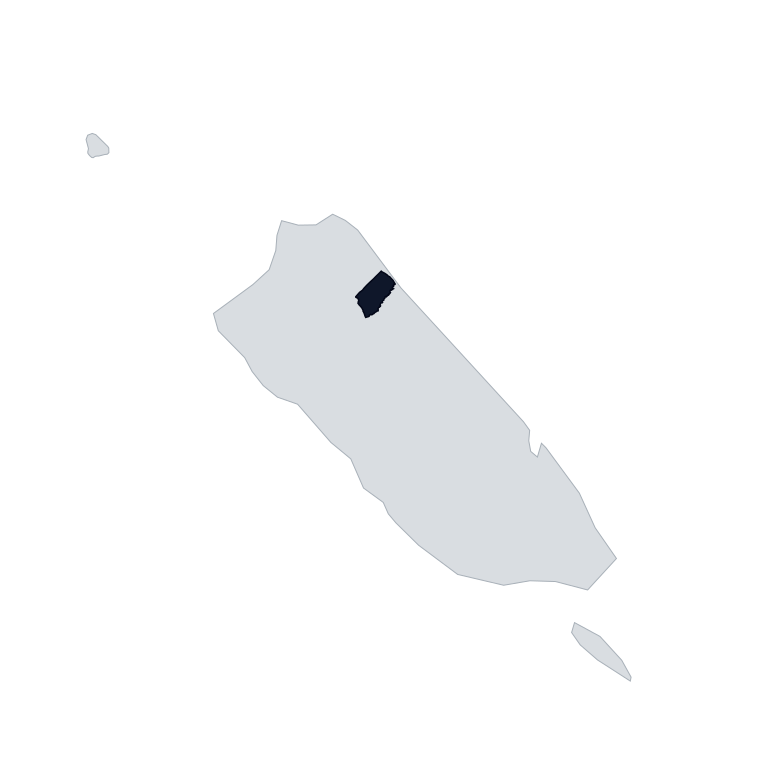 Camuy, Puerto Rico (highlighted), rotated 46°
{"feature_id": "32010507B35175802889516", "entity_name": "Camuy", "entity_type": "district", "adm_level": 2, "iso_a3": "PRI", "parent_name": "Puerto Rico", "parent_adm1": "", "projection": "orthographic", "projection_center": [-66.848, 18.417], "detail": "fine", "context": "in_parent", "style": "filled", "palette": "ink", "viewbox_px": 768, "rotation_deg": 46, "n_neighbors": 0, "source": "geoboundaries", "source_scale": "gbopen_adm2", "svg_char_len": 2683}
<svg xmlns="http://www.w3.org/2000/svg" viewBox="0 0 768 768"><g transform="rotate(46 384 384)"><path d="M525.4,319.3L534.4,325.3L543.1,324.4L536.0,311.9L542.5,311.8L598.2,319.3L634.1,332.0L671.0,338.0L673.6,380.6L645.3,397.8L626.9,415.7L611.9,437.7L572.2,463.3L524.2,471.1L492.3,471.9L480.4,471.1L468.7,466.8L444.6,471.0L414.8,459.9L389.2,462.8L338.5,460.2L319.5,469.8L301.3,472.0L283.5,470.2L268.3,465.9L230.6,466.2L214.8,457.7L221.4,409.2L222.0,387.2L212.8,369.1L202.7,357.7L195.4,344.2L210.2,335.3L222.3,322.4L226.2,303.0L239.4,298.2L255.0,296.0L326.7,305.1L508.1,309.9L518.5,311.4L525.4,319.3ZM730.8,422.1L708.0,424.1L693.1,421.7L688.0,412.7L715.6,404.0L747.9,404.9L766.5,409.9L768.8,413.2L730.8,422.1ZM18.0,436.9L15.2,437.1L12.5,436.8L11.3,435.9L9.4,433.1L1.2,428.5L-0.8,424.3L1.1,419.8L4.5,418.1L21.4,417.7L23.1,418.1L26.5,421.2L26.5,423.4L24.9,425.5L21.9,430.8L20.6,432.2L19.6,433.6L19.2,436.0L18.0,436.9Z" fill="#d9dde1" stroke="#a8b0b8" stroke-width="1"/><path d="M303.3,343.5L303.8,343.2L305.1,343.6L305.5,343.5L305.7,343.9L306.5,344.3L307.0,345.0L307.0,345.6L307.6,346.1L308.0,346.7L309.1,346.7L309.6,346.9L312.1,346.9L314.5,347.2L314.9,347.3L315.4,347.6L316.3,347.7L316.9,348.4L318.0,348.7L319.7,349.3L322.1,350.5L323.4,350.9L324.1,349.5L324.6,348.6L324.9,348.0L324.9,347.5L324.3,346.6L324.7,345.9L324.6,345.3L325.1,345.2L325.8,344.6L326.1,342.8L326.3,342.4L326.1,341.9L326.3,341.7L326.2,340.8L326.6,339.4L326.7,338.6L326.8,338.2L327.3,337.4L326.9,336.9L326.7,336.7L326.4,336.5L325.8,336.1L325.4,335.4L325.2,334.6L325.6,333.9L325.4,333.3L325.6,332.7L325.4,332.2L324.7,332.2L324.3,331.8L323.5,329.6L323.6,329.4L324.3,329.0L324.3,328.4L324.0,328.4L323.4,327.9L323.2,327.1L323.5,325.9L323.1,325.6L322.8,324.8L322.9,324.1L322.6,323.3L322.0,322.6L322.3,321.9L322.9,321.8L322.9,320.4L322.8,319.9L323.2,319.1L322.7,318.8L322.6,318.1L323.0,317.9L322.9,316.8L322.7,315.8L321.9,315.7L321.2,315.0L320.9,314.0L321.6,313.6L321.6,312.8L321.8,312.5L321.5,312.1L321.9,311.9L321.7,311.5L321.9,311.1L321.1,311.3L320.8,310.9L320.2,310.9L320.1,309.6L320.4,309.3L320.2,309.0L319.7,309.0L319.5,308.8L319.5,308.7L319.5,308.2L319.2,307.8L319.7,307.6L320.0,306.9L319.8,306.5L319.2,306.4L317.6,306.0L316.4,305.7L315.6,305.5L314.8,305.5L314.7,305.5L313.6,305.5L313.0,305.5L311.2,305.4L310.9,305.4L309.6,305.9L309.3,306.0L307.4,306.0L306.6,306.2L305.7,306.4L305.1,306.5L304.8,306.6L304.4,306.7L302.4,307.4L302.0,307.5L300.9,307.6L301.0,311.4L301.0,312.6L301.0,315.3L301.1,318.0L301.1,319.4L301.0,322.7L301.0,327.9L301.2,331.4L301.2,331.9L301.6,334.3L301.1,337.9L301.2,338.9L301.6,343.7L301.7,343.8L302.0,344.0L302.9,343.8L303.3,343.5Z" fill="#0f172a" stroke="#020617" stroke-width="1.5"/></g></svg>